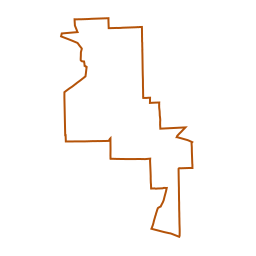 the district of Cioroiasi, Dolj, Romania, rotated 268°
{"feature_id": "2599482B92829335126895", "entity_name": "Cioroiasi", "entity_type": "district", "adm_level": 2, "iso_a3": "ROU", "parent_name": "Romania", "parent_adm1": "Dolj", "projection": "mercator", "projection_center": [23.45, 44.084], "detail": "fine", "context": "isolated", "style": "outline", "palette": "amber", "viewbox_px": 256, "rotation_deg": 268, "n_neighbors": 0, "source": "geoboundaries", "source_scale": "gbopen_adm2", "svg_char_len": 3831}
<svg xmlns="http://www.w3.org/2000/svg" viewBox="0 0 256 256"><g transform="rotate(268 128 128)"><path d="M85.8,191.0L86.7,191.0L89.1,191.1L89.9,191.0L90.6,191.0L91.7,191.0L92.5,191.0L93.9,191.0L95.6,191.0L96.6,191.0L97.7,191.0L99.7,191.0L101.0,191.0L102.0,191.0L106.7,191.1L109.8,191.0L110.5,191.0L110.9,191.1L111.0,191.2L111.1,191.3L111.6,191.7L112.4,190.1L113.3,188.3L113.5,187.9L113.9,186.9L114.8,184.1L115.8,181.0L117.1,176.8L117.2,176.6L117.2,176.4L117.6,176.6L118.2,176.8L118.6,177.1L119.8,178.3L120.7,179.2L122.4,181.1L124.2,182.9L125.8,184.6L126.6,185.4L126.2,160.3L130.5,160.2L131.6,160.3L132.6,160.3L134.7,160.5L135.7,160.5L137.3,160.4L138.5,160.3L139.3,160.2L140.5,160.2L143.1,160.2L144.8,160.1L145.5,160.0L146.1,160.0L146.7,159.9L147.1,159.9L148.2,159.9L149.3,159.9L150.6,160.0L151.5,160.0L152.4,160.1L152.4,154.8L152.3,150.8L157.5,151.1L157.5,150.6L157.5,149.4L157.4,147.4L157.5,145.7L157.5,144.3L158.5,144.2L160.2,144.3L162.1,144.3L165.5,144.4L168.9,144.4L175.9,144.6L180.2,144.6L187.1,144.7L191.6,144.8L201.9,145.0L202.9,145.0L203.6,145.0L204.1,145.0L204.7,145.0L205.4,145.1L205.6,145.0L205.9,145.1L206.1,145.1L206.9,145.1L207.3,145.1L207.7,145.1L209.6,145.1L212.3,145.2L213.0,145.2L213.4,145.1L213.7,145.1L214.1,145.1L214.9,145.1L216.5,145.2L217.4,145.2L218.4,145.2L219.0,145.2L221.0,145.3L222.7,145.3L225.8,145.4L228.5,145.4L228.5,145.0L228.4,144.5L228.5,144.3L228.5,143.9L228.5,143.7L228.5,143.1L228.4,142.1L228.4,141.5L228.5,141.2L228.5,140.9L228.4,139.9L228.4,139.3L228.4,138.9L228.4,137.1L228.4,135.5L228.4,133.1L228.4,132.4L228.4,131.3L228.4,129.9L228.4,128.4L228.4,126.8L228.4,126.1L228.3,124.1L228.3,121.5L228.4,120.1L228.4,119.2L228.4,115.5L228.5,112.2L228.8,112.2L236.0,112.2L238.4,112.3L238.4,111.9L238.4,109.8L238.4,106.8L238.4,95.3L238.3,92.5L238.3,85.5L238.4,80.7L238.5,78.4L237.0,78.4L233.1,78.5L232.3,78.5L232.0,78.6L228.2,80.0L226.3,80.6L225.6,80.9L224.8,65.1L223.7,64.8L223.0,64.6L221.9,64.3L221.8,64.5L218.8,71.6L217.4,74.8L215.2,79.6L214.7,80.6L212.0,82.4L209.3,84.4L208.8,84.6L205.5,83.6L204.1,83.5L201.9,83.4L198.3,83.1L197.2,83.2L196.3,84.3L196.0,86.4L193.9,86.7L191.6,86.8L191.3,87.8L190.8,87.9L190.4,88.8L188.7,88.5L184.0,87.8L181.1,87.3L177.2,82.0L175.1,78.9L171.4,73.8L169.5,70.7L167.3,67.5L166.0,65.7L160.6,65.5L131.6,65.1L123.0,65.0L123.0,65.4L118.3,65.4L116.7,65.4L116.1,85.9L116.1,89.8L116.1,92.0L116.0,94.3L116.0,97.4L115.9,98.7L115.9,100.1L115.8,105.9L115.8,108.3L117.7,109.5L118.3,110.1L115.7,110.0L107.6,109.8L101.1,109.5L99.1,109.5L98.5,109.4L97.8,109.5L97.7,112.5L97.5,115.5L97.0,125.6L96.7,135.0L96.6,138.7L96.3,144.0L96.6,149.1L95.5,149.0L94.4,148.9L82.9,149.0L80.5,149.0L78.8,149.0L76.5,148.9L72.3,148.9L71.1,149.0L69.5,149.0L67.5,149.0L66.7,149.0L66.7,149.8L66.7,150.0L66.7,150.8L66.7,151.2L66.7,151.6L66.7,151.8L66.7,152.0L66.7,152.4L66.7,152.6L66.5,153.0L66.4,153.7L66.4,153.9L66.5,155.6L66.5,158.3L66.5,159.9L66.5,160.4L66.6,160.9L66.8,161.2L66.9,161.9L66.7,164.1L66.7,164.6L66.3,164.5L62.9,163.6L58.0,162.1L55.2,161.3L54.2,161.0L53.9,160.8L53.2,160.5L52.5,160.2L51.5,159.6L50.6,159.1L50.1,158.8L49.8,158.7L49.6,158.5L49.2,158.3L48.9,158.2L48.5,157.9L48.4,157.9L48.0,157.0L47.4,155.8L47.0,155.2L46.8,155.0L46.5,154.9L45.3,154.4L43.3,153.7L41.4,153.0L40.2,152.7L39.3,152.3L37.1,151.6L34.1,150.6L33.9,150.6L33.7,150.5L32.1,150.1L31.3,149.8L30.9,149.7L30.5,149.6L30.3,149.5L28.6,148.8L27.8,148.5L26.5,147.9L26.0,149.5L22.7,160.6L21.8,164.1L21.4,165.6L21.3,166.4L20.8,167.8L17.6,175.1L17.5,175.4L18.5,175.8L21.8,176.0L24.9,176.1L26.2,176.1L27.8,176.1L30.6,176.1L35.9,176.2L37.9,176.2L41.1,176.3L44.6,176.3L48.8,176.4L51.5,176.5L54.6,176.5L58.5,176.6L63.8,176.7L66.3,176.8L68.4,176.8L75.2,176.9L85.1,177.1L85.4,177.1L85.6,177.2L85.7,177.4L85.9,177.5L86.0,177.7L86.0,178.2L85.9,180.0L85.9,183.3L85.9,188.4L85.8,191.0Z" fill="none" stroke="#b45309" stroke-width="2"/></g></svg>